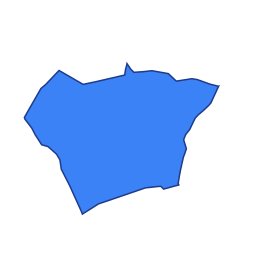 Kelemando, North Darfur, Sudan, rotated 256°
{"feature_id": "16777658B85451496706557", "entity_name": "Kelemando", "entity_type": "district", "adm_level": 2, "iso_a3": "SDN", "parent_name": "Sudan", "parent_adm1": "North Darfur", "projection": "albers", "projection_center": [25.825, 13.072], "detail": "fine", "context": "isolated", "style": "filled", "palette": "blue", "viewbox_px": 256, "rotation_deg": 256, "n_neighbors": 0, "source": "geoboundaries", "source_scale": "gbopen_adm2", "svg_char_len": 2359}
<svg xmlns="http://www.w3.org/2000/svg" viewBox="0 0 256 256"><g transform="rotate(256 128 128)"><path d="M55.5,62.9L61.5,81.0L65.7,130.3L64.0,142.6L63.7,144.7L63.5,145.7L60.1,147.8L60.3,155.3L60.4,160.0L60.4,160.6L60.4,161.5L60.4,162.9L60.4,163.4L60.4,163.5L60.6,163.6L61.4,163.4L61.5,163.4L61.8,163.3L62.0,163.2L62.2,163.3L62.3,163.3L62.5,163.4L62.7,163.5L62.8,163.5L63.0,163.6L63.3,163.8L63.6,163.9L63.8,164.0L64.0,164.0L64.3,164.2L64.5,164.3L64.8,164.4L64.9,164.5L65.0,164.5L65.3,164.6L65.7,164.8L66.1,165.0L66.3,165.1L66.7,165.3L67.1,165.4L67.4,165.6L67.5,165.6L67.9,165.8L68.5,166.0L68.9,166.2L69.4,166.4L69.9,166.7L70.3,166.8L71.3,167.3L71.6,167.5L71.9,167.6L72.6,167.9L72.9,168.0L73.0,168.1L73.5,168.3L73.8,168.4L73.9,168.5L74.2,168.6L74.3,168.6L74.6,168.8L74.8,168.9L75.0,169.0L75.5,169.3L75.8,169.4L77.1,170.1L77.4,170.2L77.9,170.5L79.7,171.3L80.4,171.7L82.5,172.7L82.6,172.8L82.9,173.0L83.4,173.2L83.9,173.5L85.8,174.4L86.0,174.5L87.8,175.7L88.7,176.4L89.8,177.1L90.9,177.8L91.0,177.8L93.2,179.3L93.7,179.6L95.0,179.6L95.9,179.5L96.2,179.5L97.8,179.4L98.3,179.4L98.6,179.4L99.8,179.3L100.7,179.3L100.9,179.3L101.1,179.3L101.6,179.2L101.9,179.2L102.2,179.2L102.3,179.2L102.5,179.2L102.8,179.2L103.2,179.2L107.6,182.3L108.5,183.5L109.4,184.6L109.5,184.7L110.6,186.2L111.7,187.6L115.0,190.3L118.3,193.0L121.5,195.8L123.9,199.6L127.3,206.4L127.4,206.6L130.8,212.5L132.4,214.6L132.5,214.6L132.6,214.8L133.0,215.1L133.3,215.3L133.5,215.4L133.5,215.5L133.8,215.7L133.9,215.8L134.0,215.9L134.2,216.1L134.4,216.2L134.7,216.5L134.9,216.6L135.0,216.7L135.5,217.1L136.0,217.5L136.3,217.8L136.8,218.1L137.4,218.6L138.4,219.4L138.5,219.5L139.1,220.0L139.3,220.1L140.2,220.9L141.2,221.7L141.3,221.8L142.7,222.9L142.8,223.0L143.0,223.1L143.4,223.4L143.7,223.6L144.1,224.0L144.8,224.5L145.3,225.0L145.5,225.1L145.7,225.3L145.9,225.4L146.0,225.5L146.3,225.7L146.3,225.8L146.5,225.9L146.6,226.0L146.6,225.9L150.7,218.2L158.3,206.8L160.4,201.8L161.2,192.7L161.8,186.2L171.0,180.3L177.8,165.1L179.1,155.6L180.6,147.2L184.6,144.8L190.7,142.6L189.8,142.2L185.3,139.7L180.2,137.6L180.7,107.7L181.2,95.0L200.5,75.0L190.1,58.6L187.4,53.1L176.6,42.7L163.3,30.0L161.3,30.2L156.3,32.4L151.2,34.6L143.7,36.4L132.6,40.2L129.3,45.9L120.0,52.3L113.6,54.2L108.1,53.7L104.2,53.3L86.5,57.4L58.1,62.6L56.4,62.8L55.5,62.9Z" fill="#3b82f6" stroke="#1e3a8a" stroke-width="1.5"/></g></svg>